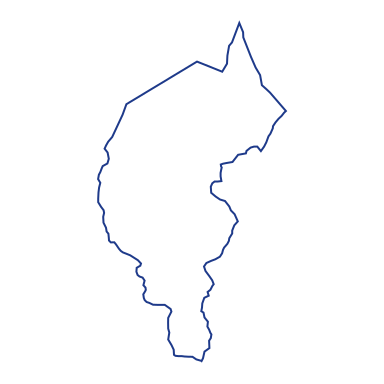 Parekklisia, Limassol, Cyprus
{"feature_id": "46923920B53591306879990", "entity_name": "Parekklisia", "entity_type": "district", "adm_level": 2, "iso_a3": "CYP", "parent_name": "Cyprus", "parent_adm1": "Limassol", "projection": "albers", "projection_center": [33.161, 34.755], "detail": "fine", "context": "isolated", "style": "outline", "palette": "blue", "viewbox_px": 384, "rotation_deg": 0, "n_neighbors": 0, "source": "geoboundaries", "source_scale": "gbopen_adm2", "svg_char_len": 2181}
<svg xmlns="http://www.w3.org/2000/svg" viewBox="0 0 384 384"><path d="M239.3,23.0L232.0,42.4L229.1,45.8L227.4,55.6L227.0,63.7L222.2,71.7L197.0,61.6L126.4,104.2L122.6,114.7L112.2,137.0L108.2,141.7L106.1,145.4L104.6,148.7L107.6,152.5L108.8,158.8L107.4,163.5L102.7,166.1L101.7,168.4L100.3,172.1L98.9,174.7L98.1,179.1L100.3,182.8L99.1,187.5L98.5,192.4L98.2,198.7L98.2,202.2L101.1,206.9L103.6,210.2L104.1,212.9L103.2,216.8L103.5,222.7L106.0,227.7L106.6,231.5L108.4,233.7L108.8,237.7L109.0,240.5L110.8,242.4L114.3,242.3L116.0,244.4L119.0,248.8L120.8,250.9L122.9,252.4L126.5,253.8L130.2,255.3L133.8,257.6L137.9,260.2L141.0,263.5L140.3,265.7L136.7,267.8L136.4,271.7L137.6,275.0L139.5,276.5L142.6,277.6L144.6,280.6L143.4,285.2L145.5,287.6L145.8,289.9L145.2,291.2L143.3,294.3L143.8,297.9L144.7,300.1L146.6,302.0L149.3,302.9L153.0,304.7L158.5,304.9L164.8,304.9L170.6,309.0L171.4,311.6L168.2,317.9L168.1,322.3L168.2,328.6L169.3,332.6L168.2,339.5L171.5,345.1L173.7,349.7L174.0,354.8L175.4,355.8L178.1,356.1L181.5,356.1L184.6,356.5L188.2,356.7L192.5,356.8L196.3,359.4L201.5,360.9L201.6,361.0L203.0,358.3L204.5,351.6L209.4,348.1L209.1,340.7L210.8,338.1L211.4,334.4L210.4,332.9L209.1,329.6L207.4,326.6L207.9,321.7L204.5,317.5L203.5,312.6L201.3,311.2L202.0,307.6L202.3,303.4L204.3,297.8L208.7,295.7L207.6,292.0L210.4,289.8L212.4,285.9L213.7,284.2L212.2,280.3L209.3,276.1L205.5,271.0L204.0,266.5L206.4,263.0L211.3,260.8L215.3,259.3L219.9,256.7L222.1,253.3L223.0,249.9L224.1,247.6L227.4,243.8L228.9,240.8L229.3,238.2L232.2,233.5L232.2,230.6L234.3,225.3L237.8,221.4L234.6,214.2L230.9,210.4L229.3,206.5L225.0,201.0L220.0,199.5L215.6,196.5L211.2,192.8L210.8,186.7L212.3,183.3L214.6,181.5L217.9,181.5L221.4,181.1L220.6,176.4L220.6,172.9L221.2,169.7L221.7,167.5L221.1,166.4L220.8,164.5L223.0,163.7L226.6,163.0L232.5,162.0L234.2,159.8L238.1,154.8L245.9,153.4L246.5,150.9L250.6,147.6L254.0,146.6L257.3,146.6L260.9,151.1L264.1,146.6L266.3,142.3L268.5,136.3L270.4,133.7L272.8,128.3L273.0,126.2L275.5,122.4L278.6,118.7L281.6,115.9L284.1,112.7L285.9,111.0L270.0,92.6L266.5,89.3L261.9,85.2L260.1,75.1L255.6,67.5L250.9,56.7L243.3,37.4L243.1,32.2L239.3,23.0Z" fill="none" stroke="#1e3a8a" stroke-width="2"/></svg>